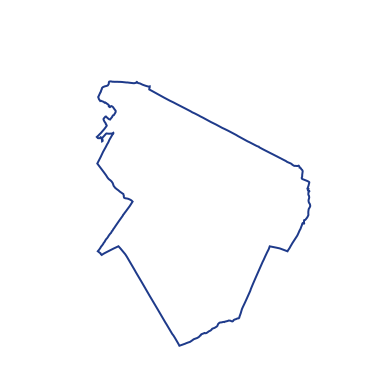 Movileni, Olt, Romania, rotated 335°
{"feature_id": "2599482B98739710424204", "entity_name": "Movileni", "entity_type": "district", "adm_level": 2, "iso_a3": "ROU", "parent_name": "Romania", "parent_adm1": "Olt", "projection": "mercator", "projection_center": [24.631, 44.384], "detail": "fine", "context": "isolated", "style": "outline", "palette": "blue", "viewbox_px": 384, "rotation_deg": 335, "n_neighbors": 0, "source": "geoboundaries", "source_scale": "gbopen_adm2", "svg_char_len": 5866}
<svg xmlns="http://www.w3.org/2000/svg" viewBox="0 0 384 384"><g transform="rotate(335 192 192)"><path d="M182.3,325.1L184.8,322.6L187.8,319.2L189.4,317.8L193.4,314.5L196.2,312.1L202.8,306.4L203.8,305.4L204.1,305.0L208.7,300.8L213.9,296.2L226.7,285.0L228.0,284.0L231.0,281.4L234.6,278.4L237.3,276.3L238.5,275.1L239.5,274.1L244.8,278.0L247.3,279.9L247.9,280.4L253.5,286.1L254.3,285.5L256.8,284.0L258.7,282.6L259.6,282.0L261.3,280.8L269.0,276.0L270.8,274.5L273.3,272.3L274.7,271.3L276.3,269.7L277.5,268.6L278.5,267.4L279.1,267.0L279.8,267.8L280.0,268.0L280.4,267.8L280.5,267.1L280.7,266.8L281.5,265.2L281.9,264.9L282.4,265.1L282.9,265.1L283.4,264.9L285.6,263.8L286.9,262.8L287.8,262.0L288.2,260.9L289.1,259.0L290.4,257.0L290.8,256.6L292.0,255.8L293.0,255.0L293.5,254.0L293.6,253.4L293.7,252.4L293.5,251.2L293.5,250.8L293.7,249.9L293.9,249.2L294.3,248.5L295.8,246.7L296.0,246.3L296.4,244.9L296.3,244.3L296.4,243.4L297.0,242.2L297.3,241.7L297.9,241.3L298.6,241.0L298.7,240.5L298.2,240.3L297.9,240.3L297.8,240.0L297.8,239.4L298.8,238.3L298.1,237.7L299.8,236.0L300.6,235.1L302.3,233.0L302.4,232.6L302.3,232.4L302.1,232.0L301.2,230.8L297.6,227.0L297.4,226.8L297.3,226.1L297.3,225.8L297.4,225.6L297.5,225.4L298.2,224.8L299.2,222.9L301.0,220.1L301.2,219.3L301.1,218.4L300.7,217.5L300.7,216.7L300.6,216.4L300.4,216.1L300.2,215.7L299.9,215.4L300.0,215.3L300.1,215.1L300.1,214.8L299.9,213.5L299.8,213.2L299.2,213.1L298.8,213.1L298.5,213.0L297.1,212.2L295.8,211.6L295.3,211.0L294.6,209.9L294.4,209.6L294.2,208.9L293.5,207.8L290.9,204.9L290.8,204.7L290.3,203.8L286.3,198.6L280.7,191.4L279.9,190.4L274.6,183.6L271.9,180.0L271.7,179.6L271.7,179.2L270.8,178.4L270.0,177.5L265.0,171.0L263.8,169.6L257.2,160.6L256.3,159.2L255.4,158.0L250.7,151.8L248.2,148.7L246.5,146.7L242.2,140.9L238.8,136.7L234.6,131.0L233.2,129.1L231.2,126.6L230.8,125.9L230.4,125.5L230.0,124.9L227.5,121.7L225.9,119.9L225.4,119.1L224.8,118.2L221.2,113.5L215.2,105.8L213.0,102.9L210.6,100.0L206.6,94.7L198.6,83.7L196.6,81.0L197.0,80.3L197.5,79.6L198.1,79.0L198.3,78.4L198.2,78.4L198.0,78.5L197.6,78.4L195.7,76.9L194.1,75.4L192.5,73.8L191.2,72.2L190.6,71.5L189.2,70.5L189.0,70.2L188.7,69.3L188.3,69.4L188.2,69.0L187.6,69.2L187.1,69.3L185.7,69.0L185.0,68.7L183.4,67.7L181.9,66.8L179.7,65.4L178.8,65.0L175.2,62.8L173.0,61.6L168.4,59.4L166.5,58.4L165.1,57.4L164.2,57.1L163.7,57.0L163.4,57.1L162.9,57.6L162.3,58.8L160.8,59.8L159.6,59.8L157.1,59.3L156.4,59.4L155.8,59.3L155.3,59.4L154.6,59.6L153.7,60.5L153.5,60.9L152.6,61.5L152.3,62.0L152.0,62.2L151.9,62.4L151.7,62.7L151.4,62.8L151.2,62.9L150.8,63.1L150.6,63.5L149.2,64.5L148.8,65.0L147.2,66.2L147.0,66.8L147.1,67.2L146.9,68.3L146.9,68.6L147.1,69.8L147.3,70.8L148.0,70.8L148.6,71.5L149.5,72.4L149.8,72.7L150.2,73.3L150.5,74.1L151.1,74.1L151.3,74.5L151.5,74.9L151.9,75.2L152.0,75.7L152.5,76.4L152.9,77.1L153.2,77.9L153.3,78.5L153.2,78.6L152.9,78.8L152.8,79.0L152.8,79.3L153.3,80.3L153.5,80.4L154.6,80.0L155.1,80.0L155.4,80.2L156.0,81.1L156.3,81.8L156.7,84.2L157.0,85.4L157.1,86.3L156.6,87.2L156.2,87.6L153.8,89.2L153.4,89.3L153.0,89.2L152.6,89.2L151.9,89.7L151.2,90.3L148.9,91.4L148.4,91.7L147.6,91.0L147.3,90.5L146.8,89.4L146.1,87.8L146.0,87.5L145.9,87.2L145.4,87.1L143.3,88.0L142.7,88.4L142.6,88.5L142.4,89.3L142.4,91.0L142.6,92.2L142.7,93.0L142.8,93.2L142.8,93.6L142.7,93.8L142.6,94.1L142.8,94.7L142.8,95.5L142.7,95.6L142.7,95.9L142.6,96.0L142.2,96.2L141.2,96.8L139.1,97.9L134.0,100.2L133.2,100.4L130.9,101.3L129.0,101.9L129.5,103.4L130.1,103.8L131.1,104.2L132.4,103.8L132.5,104.2L132.6,104.8L132.5,106.1L132.4,106.9L132.1,107.6L131.9,108.1L132.1,108.1L132.5,108.0L132.7,107.7L132.9,107.3L133.2,105.3L133.9,104.9L136.1,104.0L138.6,102.9L139.2,102.8L141.4,104.1L144.2,105.2L144.8,105.2L145.7,105.1L145.7,105.3L145.6,105.5L145.0,106.0L144.8,105.9L139.2,109.8L136.8,111.9L135.4,112.8L133.1,114.6L130.2,116.7L128.4,118.0L124.1,121.6L118.2,126.2L120.5,137.0L121.2,140.6L121.5,143.1L121.8,144.4L122.1,145.3L123.0,147.0L123.4,148.0L123.6,148.6L123.9,150.5L123.7,152.3L123.6,153.4L123.7,153.9L124.0,155.1L124.1,155.7L124.5,156.5L125.0,157.6L125.9,159.2L126.3,160.0L126.5,160.6L126.9,161.4L128.7,164.5L128.9,164.7L128.8,165.4L128.7,166.0L128.7,166.4L128.4,166.9L128.2,167.5L128.1,168.2L128.1,168.6L128.8,169.4L129.5,169.9L130.0,170.2L131.2,171.1L132.3,172.3L133.0,173.2L133.5,174.0L133.8,174.7L134.1,175.6L129.7,178.4L122.9,182.1L122.3,182.3L122.0,182.6L120.7,183.3L120.0,183.5L119.6,184.0L113.6,187.4L107.8,190.8L106.7,191.5L104.7,192.6L103.7,193.4L102.7,193.7L102.2,194.2L101.2,194.9L100.0,195.3L99.4,195.7L98.1,196.3L97.7,196.7L95.7,197.9L94.0,198.6L92.5,199.6L92.1,200.0L90.0,201.1L89.5,201.6L89.0,201.8L87.9,202.5L87.5,202.6L86.3,203.2L85.7,203.7L83.5,205.0L81.6,205.9L82.8,208.3L83.1,208.7L83.2,209.2L83.1,209.6L83.1,209.9L83.6,210.9L83.9,210.8L86.6,210.5L88.6,210.4L97.1,210.1L102.4,210.1L103.3,213.0L105.2,220.2L105.6,223.1L107.1,239.2L107.2,240.8L108.4,253.1L109.7,267.8L111.3,283.8L112.7,298.9L113.0,301.3L114.1,312.4L114.5,314.0L114.9,317.2L115.5,323.8L115.6,326.0L118.5,326.3L121.8,326.6L123.1,326.6L125.3,326.8L126.0,326.9L126.8,327.0L129.3,326.6L131.2,326.2L131.9,326.2L134.0,326.4L135.2,326.5L136.7,326.3L137.6,326.1L138.5,325.6L139.3,325.6L139.7,325.1L139.9,325.0L140.7,324.9L143.2,325.1L143.6,325.0L143.9,325.1L144.2,325.5L144.8,325.8L145.4,325.9L146.5,325.8L148.3,325.4L149.2,325.4L149.8,325.4L150.2,325.4L151.3,325.1L152.5,324.5L152.9,324.5L154.2,324.6L154.9,324.7L155.8,324.6L157.5,324.4L158.5,324.0L159.6,322.9L160.3,322.5L161.3,322.2L161.9,322.1L162.7,322.3L163.8,322.7L165.0,322.9L165.7,323.1L166.7,323.4L166.7,323.5L167.4,323.5L169.9,324.0L170.9,324.0L172.2,324.7L172.5,325.0L173.0,325.6L173.4,326.0L173.9,326.3L174.1,326.4L174.6,326.3L174.9,326.2L175.2,325.9L175.7,325.7L176.6,325.6L178.0,325.8L179.7,325.8L180.0,325.9L180.6,326.1L181.0,326.2L181.5,326.0L181.7,325.9L182.0,325.5L182.3,325.1Z" fill="none" stroke="#1e3a8a" stroke-width="2"/></g></svg>